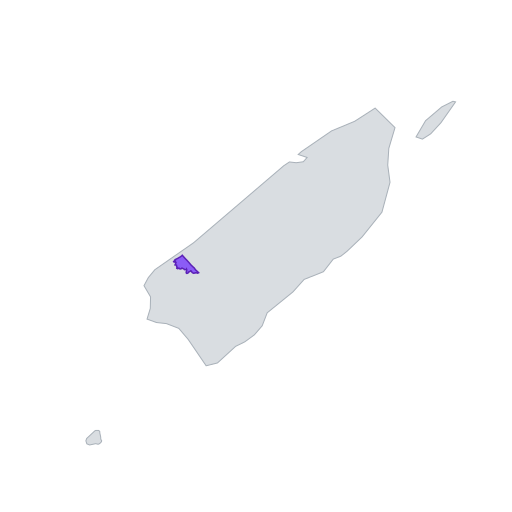 Quebradillas, Puerto Rico (highlighted), rotated 318°
{"feature_id": "32010507B1223039681342", "entity_name": "Quebradillas", "entity_type": "district", "adm_level": 2, "iso_a3": "PRI", "parent_name": "Puerto Rico", "parent_adm1": "", "projection": "albers", "projection_center": [-66.935, 18.429], "detail": "fine", "context": "in_parent", "style": "filled", "palette": "violet", "viewbox_px": 512, "rotation_deg": 318, "n_neighbors": 0, "source": "geoboundaries", "source_scale": "gbopen_adm2", "svg_char_len": 2240}
<svg xmlns="http://www.w3.org/2000/svg" viewBox="0 0 512 512"><g transform="rotate(318 256 256)"><path d="M348.3,213.6L354.2,217.6L359.9,217.0L355.3,208.8L359.5,208.8L395.9,213.6L419.4,221.9L443.5,225.8L445.2,253.6L426.7,264.9L414.7,276.6L404.9,290.9L378.9,307.7L347.6,312.8L326.7,313.4L319.0,312.9L311.3,310.0L295.6,312.8L276.1,305.6L259.4,307.4L226.3,305.7L213.9,312.0L202.0,313.5L190.3,312.3L180.4,309.5L155.8,309.7L145.5,304.2L149.8,272.5L150.2,258.1L144.2,246.3L137.5,238.8L132.8,230.0L142.4,224.2L150.3,215.8L152.9,203.1L161.5,200.0L171.7,198.5L218.5,204.4L337.1,207.5L343.8,208.5L348.3,213.6ZM482.6,280.7L467.6,282.1L457.9,280.5L454.6,274.6L472.6,268.9L493.8,269.5L505.9,272.8L507.4,275.0L482.6,280.7ZM16.9,290.6L15.1,290.8L13.3,290.6L12.5,290.0L11.3,288.2L5.9,285.1L4.6,282.4L5.9,279.5L8.1,278.3L19.1,278.1L20.2,278.4L22.4,280.4L22.5,281.8L21.4,283.2L19.4,286.7L18.6,287.6L18.0,288.5L17.7,290.0L16.9,290.6Z" fill="#d9dde1" stroke="#a8b0b8" stroke-width="1"/><path d="M202.2,229.8L202.2,229.7L201.9,226.5L201.8,225.9L202.1,223.5L201.9,222.0L201.9,221.6L201.7,219.3L201.8,215.9L201.8,213.8L201.8,212.9L201.7,211.1L201.7,209.4L201.7,208.6L201.7,206.1L201.1,206.2L199.1,206.0L197.5,205.6L197.4,205.6L196.3,205.4L194.0,204.7L192.9,204.6L192.1,205.0L191.7,205.1L191.1,205.0L191.0,205.5L191.4,206.0L191.7,206.3L192.4,206.3L191.9,207.0L192.0,207.5L191.4,207.6L190.7,208.3L190.5,208.5L190.1,208.3L189.9,208.4L190.2,208.7L190.6,208.9L190.4,209.5L190.7,209.8L189.9,210.9L189.9,211.3L189.9,211.9L189.3,211.8L188.9,212.1L189.3,213.0L189.9,212.9L190.1,213.4L190.3,213.6L190.6,213.6L190.8,213.8L190.7,214.4L190.9,214.9L191.3,215.0L191.6,215.3L192.1,215.5L192.6,215.4L192.9,215.4L193.4,216.7L193.5,216.8L193.8,217.8L193.7,218.2L194.0,218.6L194.4,218.9L194.6,219.1L195.3,219.3L195.6,219.2L195.3,219.9L195.0,220.0L194.5,220.8L194.3,220.9L193.7,221.0L193.3,221.3L193.2,221.5L192.9,221.8L192.8,222.4L193.0,222.7L193.9,223.1L194.3,223.1L195.3,222.8L196.0,223.2L196.9,223.3L197.1,223.4L197.3,223.3L197.6,223.3L197.8,223.7L197.8,224.3L197.5,225.3L197.6,226.1L197.8,226.3L198.1,227.1L198.8,227.5L199.3,227.9L199.6,227.8L200.4,228.4L200.9,229.5L201.2,229.8L201.6,229.9L201.9,229.6L202.2,229.8Z" fill="#8b5cf6" stroke="#5b21b6" stroke-width="1.5"/></g></svg>